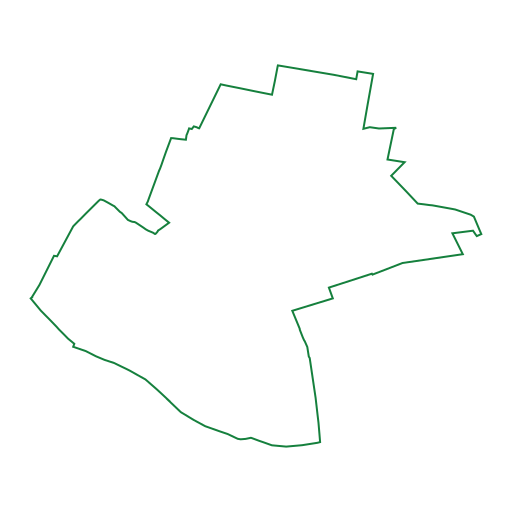 outline of Zimnicea, Teleorman, Romania
{"feature_id": "2599482B67626628859596", "entity_name": "Zimnicea", "entity_type": "district", "adm_level": 2, "iso_a3": "ROU", "parent_name": "Romania", "parent_adm1": "Teleorman", "projection": "equal_earth", "projection_center": [25.358, 43.689], "detail": "fine", "context": "isolated", "style": "outline", "palette": "green", "viewbox_px": 512, "rotation_deg": 0, "n_neighbors": 0, "source": "geoboundaries", "source_scale": "gbopen_adm2", "svg_char_len": 2318}
<svg xmlns="http://www.w3.org/2000/svg" viewBox="0 0 512 512"><path d="M429.7,205.1L423.7,204.3L417.7,203.6L406.7,191.9L391.2,175.8L404.6,162.2L387.5,159.5L393.6,130.2L393.8,129.1L396.2,127.8L379.0,128.5L369.8,127.2L363.4,128.8L367.4,105.8L373.1,73.9L372.6,73.8L357.6,71.4L356.2,79.2L333.7,74.8L277.9,65.4L277.7,66.1L274.8,81.3L272.0,94.7L261.9,92.7L254.4,91.2L240.3,88.3L233.2,86.9L226.2,85.5L220.7,84.3L199.2,128.3L198.6,128.2L196.6,127.2L193.8,126.4L191.8,129.0L189.1,128.4L188.6,129.9L188.5,130.2L187.1,133.9L186.5,135.2L185.9,139.7L180.8,139.2L178.3,138.9L173.0,138.2L171.1,138.1L171.0,138.4L166.1,151.5L163.7,158.3L162.7,161.2L161.5,164.7L160.2,168.2L159.5,169.9L159.3,170.1L148.5,199.5L147.9,201.3L146.4,204.3L148.7,206.1L155.8,211.9L160.2,215.4L163.2,217.9L164.4,218.9L169.1,222.7L162.4,227.6L160.2,229.2L158.0,230.6L157.9,231.0L157.4,231.8L156.7,232.6L156.1,233.3L155.8,233.6L155.4,233.9L155.0,234.0L154.8,233.9L154.5,233.7L153.2,232.8L151.6,232.1L148.2,230.7L145.7,229.3L143.5,227.7L138.1,224.1L135.8,222.6L134.5,222.0L133.2,221.9L132.1,221.7L130.5,221.1L127.9,219.9L121.8,213.1L121.1,212.6L119.9,211.8L117.6,209.5L115.0,206.9L114.5,206.3L113.1,205.6L108.4,202.9L103.8,200.4L102.6,200.0L100.7,199.5L100.2,199.6L99.3,200.3L98.6,200.9L85.9,213.5L80.7,218.8L78.3,221.1L73.5,226.0L73.1,226.5L72.2,228.2L57.1,256.3L54.0,255.8L39.4,285.0L31.9,297.2L32.0,297.3L30.7,298.4L35.1,303.7L40.8,310.6L45.5,315.4L48.7,318.6L56.7,326.9L59.0,329.5L64.1,334.6L68.0,338.6L74.3,343.8L73.2,346.8L85.8,351.1L96.0,356.3L104.6,359.9L114.1,363.0L121.7,366.7L126.3,368.9L129.7,370.6L137.3,374.9L145.4,379.4L157.2,389.7L168.4,400.1L168.2,400.1L179.5,410.9L180.9,412.2L193.6,419.9L205.2,426.2L219.6,431.3L227.6,434.0L237.7,438.8L240.6,439.3L245.6,438.9L250.9,437.8L251.6,438.0L259.1,440.8L263.5,442.3L271.9,445.3L286.2,446.6L302.1,445.2L317.4,442.8L320.1,442.1L319.5,434.7L318.5,422.9L317.4,413.5L315.6,397.8L309.7,358.0L308.8,356.6L307.3,347.0L304.7,341.1L304.2,340.5L302.8,337.4L299.8,329.7L299.7,328.7L292.3,310.8L300.1,308.4L332.8,298.4L328.9,287.6L371.9,273.7L372.5,274.6L402.5,263.0L462.8,254.2L452.4,233.3L473.0,230.7L474.4,232.7L475.4,234.2L476.8,236.1L479.5,234.9L481.3,234.1L479.6,230.2L473.9,216.6L470.7,214.7L455.2,209.5L452.6,209.0L432.7,205.4L432.0,205.3L429.7,205.1Z" fill="none" stroke="#15803d" stroke-width="2"/></svg>